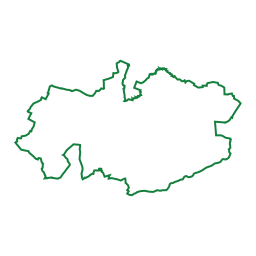 Aiviekstes pag., Plavinu, Latvia
{"feature_id": "27541924B44380284961438", "entity_name": "Aiviekstes pag.", "entity_type": "district", "adm_level": 2, "iso_a3": "LVA", "parent_name": "Latvia", "parent_adm1": "Plavinu", "projection": "albers", "projection_center": [25.79, 56.661], "detail": "fine", "context": "isolated", "style": "outline", "palette": "green", "viewbox_px": 256, "rotation_deg": 0, "n_neighbors": 0, "source": "geoboundaries", "source_scale": "gbopen_adm2", "svg_char_len": 5649}
<svg xmlns="http://www.w3.org/2000/svg" viewBox="0 0 256 256"><path d="M28.2,111.9L31.3,113.2L28.4,118.9L34.7,122.4L33.5,126.8L32.1,128.7L31.3,131.3L30.2,130.9L28.7,133.8L25.5,135.7L21.6,136.3L21.2,138.2L20.1,138.4L17.7,138.0L17.0,139.5L17.2,141.5L16.2,141.7L15.9,142.3L15.4,142.6L21.2,149.7L28.5,151.2L29.3,152.8L33.4,156.3L35.7,158.7L37.9,159.5L38.4,158.2L39.2,158.1L40.8,158.5L41.8,162.6L42.7,163.2L43.1,163.8L42.7,164.8L42.7,167.7L41.7,168.7L42.3,170.6L43.0,171.6L43.8,172.3L44.3,173.3L44.3,173.9L44.9,174.6L44.9,175.3L45.6,176.2L45.4,177.1L44.7,178.4L46.0,178.2L46.3,178.0L47.0,178.3L47.2,178.1L50.6,177.6L51.7,177.8L51.9,177.5L52.4,177.9L57.8,178.7L58.4,178.3L60.5,177.5L63.3,173.4L64.9,171.6L66.4,169.4L69.2,165.9L69.7,165.2L69.6,164.9L69.8,164.2L69.5,163.6L68.2,161.8L67.7,160.9L67.5,159.4L67.1,158.7L65.8,157.8L64.1,155.4L63.2,155.0L63.8,154.7L66.8,150.1L73.6,144.3L80.0,144.9L80.1,146.5L79.7,149.2L80.2,151.9L80.2,152.7L79.5,159.0L79.9,160.2L81.7,165.0L82.3,166.7L82.6,168.5L82.6,169.5L81.5,173.8L81.8,175.2L81.9,177.3L82.3,178.5L82.8,179.3L84.8,177.7L85.1,178.1L88.4,176.5L90.5,175.0L90.5,174.6L92.5,173.7L93.2,173.9L93.3,173.5L93.5,173.5L93.6,172.4L94.0,171.3L94.2,170.5L96.0,170.3L97.4,170.6L98.6,170.5L99.4,170.3L99.6,169.5L98.9,169.4L99.1,168.7L99.4,168.6L101.2,168.8L101.1,169.6L101.8,170.4L101.2,171.1L101.5,171.6L103.0,172.6L104.6,176.7L109.7,175.2L108.8,176.9L108.7,178.7L111.1,178.1L111.5,178.1L117.5,179.4L120.9,180.5L124.0,178.8L125.3,178.6L125.6,181.2L125.5,182.8L126.0,183.1L127.9,185.2L128.3,185.9L128.8,187.7L128.8,187.9L127.2,190.2L128.7,191.2L127.2,193.6L129.3,194.8L131.9,195.2L134.0,193.8L135.7,193.2L137.2,192.1L140.7,191.1L144.6,190.8L149.3,191.7L153.4,191.9L157.2,190.2L159.1,190.6L161.0,190.7L162.4,190.2L166.1,190.2L167.1,189.5L168.3,187.9L169.4,186.0L169.6,184.5L170.1,183.8L170.9,183.3L172.8,183.0L175.0,181.9L178.6,180.7L180.4,179.7L182.4,179.5L183.2,178.8L183.6,177.8L184.2,177.0L185.6,176.1L186.7,176.2L187.7,176.9L188.3,177.1L190.0,177.1L191.9,176.4L193.0,175.5L193.6,174.2L194.3,173.4L199.2,171.9L202.6,170.1L205.0,168.4L207.0,167.3L211.4,165.8L214.7,163.5L218.1,162.8L220.1,162.1L220.7,161.6L221.7,160.1L222.4,159.3L223.3,159.1L225.7,159.5L226.4,159.2L228.3,158.1L229.1,157.1L230.5,153.5L230.2,153.3L229.2,152.0L229.1,149.8L228.8,149.3L230.3,147.9L230.2,146.2L230.1,145.1L229.8,144.2L229.9,143.1L230.0,143.2L229.9,142.9L230.3,141.7L230.4,140.4L230.8,139.8L230.3,139.4L230.4,138.6L225.5,137.7L223.2,136.2L220.9,135.3L216.1,135.3L215.0,121.7L223.4,122.4L225.5,122.3L225.5,122.5L228.4,121.1L229.8,119.8L231.4,117.2L232.2,117.7L232.6,115.9L235.2,111.6L240.6,103.5L240.4,103.1L238.2,100.8L234.1,98.6L233.9,96.0L232.7,95.9L231.9,93.5L228.1,94.2L227.9,94.5L224.5,94.3L224.3,87.7L223.6,87.1L221.2,85.7L218.8,85.0L218.3,84.6L217.9,82.9L213.2,82.0L207.6,83.1L206.5,84.9L206.5,85.0L206.8,85.3L206.8,85.8L202.7,85.6L202.7,87.1L198.3,87.6L193.9,85.1L194.3,83.8L189.1,80.8L188.0,80.8L186.6,81.3L185.4,82.5L184.7,80.6L184.8,80.5L184.7,80.3L183.1,81.2L181.8,81.2L180.0,79.5L178.8,79.3L178.0,79.6L177.4,79.4L175.6,77.5L175.1,77.3L174.6,76.1L173.9,76.2L173.9,76.5L173.4,77.0L172.9,76.6L172.8,76.1L171.6,75.9L172.1,75.1L171.6,74.2L171.0,74.4L170.6,74.0L170.0,74.0L169.6,73.3L169.7,72.9L168.6,72.8L168.4,72.4L167.3,72.0L167.2,71.7L167.4,70.9L165.9,70.6L165.8,70.3L166.2,69.3L165.5,69.4L165.5,69.0L164.7,69.1L164.5,68.7L164.1,68.3L163.6,69.0L163.3,69.1L162.6,68.6L162.3,69.2L161.9,68.6L161.2,69.0L161.0,68.5L160.7,68.5L160.5,68.3L160.3,68.3L160.0,68.9L159.5,68.5L159.6,68.8L159.2,68.8L159.0,69.5L158.6,69.4L158.3,69.6L158.1,69.3L157.8,69.2L157.8,69.7L157.3,69.7L157.2,69.9L156.8,69.9L156.6,70.6L155.9,70.7L155.9,70.9L156.3,71.0L156.1,71.5L156.2,71.8L156.0,72.1L155.4,72.5L155.8,73.2L155.7,73.6L155.5,73.8L155.0,73.5L154.5,73.6L154.2,73.8L153.3,73.8L153.2,73.9L153.2,74.3L152.7,74.5L152.4,74.0L152.2,73.9L152.1,74.2L151.9,74.3L151.7,74.2L151.4,74.6L151.2,74.6L150.9,74.5L150.8,74.2L150.2,74.0L149.7,74.2L148.7,77.8L147.0,78.6L145.8,80.1L143.5,82.1L141.3,83.2L140.9,83.2L136.6,81.5L134.2,87.8L140.4,90.2L140.2,90.4L140.2,91.2L139.9,91.7L140.1,91.8L140.4,92.2L140.7,92.2L140.6,92.6L140.3,92.7L140.3,93.0L140.5,93.4L140.6,94.2L141.0,95.0L140.8,95.0L140.5,94.8L140.1,94.9L140.0,95.6L139.7,96.1L138.5,96.0L138.8,96.5L138.4,96.6L138.3,96.9L138.0,97.0L137.7,96.7L137.5,97.1L137.3,96.8L137.0,97.0L136.8,97.3L136.8,97.8L136.6,97.8L136.4,97.5L136.2,97.7L136.1,97.4L135.9,97.3L136.0,97.5L135.4,97.5L135.0,98.1L134.1,98.1L133.5,98.5L133.2,98.5L133.1,98.8L133.2,99.1L132.9,99.4L132.7,99.4L132.7,98.8L132.4,98.5L132.5,100.2L128.7,99.2L128.3,99.3L126.9,100.6L124.6,101.2L124.3,101.1L125.3,100.0L124.9,97.9L124.5,97.2L124.6,96.2L124.6,95.4L123.5,88.8L124.1,88.7L124.0,88.4L124.2,88.1L124.2,87.8L124.5,87.4L124.3,86.3L124.6,85.9L124.3,85.7L123.9,85.9L123.5,85.6L123.3,85.0L122.9,84.9L122.4,83.1L122.7,82.8L123.1,79.8L123.8,79.2L125.1,77.8L125.0,77.7L125.1,77.2L125.0,75.3L125.1,75.1L125.3,74.4L126.2,72.5L126.2,72.0L126.5,71.2L126.8,70.9L127.0,69.7L127.4,69.2L128.0,67.9L127.8,65.6L129.1,65.7L129.0,64.5L120.5,60.8L119.6,61.2L119.4,61.9L116.7,63.3L117.0,67.5L118.4,71.9L117.5,72.7L114.4,73.3L113.4,73.1L113.0,77.0L109.3,78.5L103.6,80.2L103.9,83.4L103.8,85.1L104.0,88.5L103.2,88.9L101.3,88.4L100.3,89.7L98.8,91.0L96.3,90.8L95.1,93.1L92.7,95.9L90.1,95.9L86.8,95.0L84.1,93.5L79.7,90.8L76.0,89.7L73.5,90.7L72.4,91.0L71.4,91.0L71.3,90.7L69.0,89.9L67.3,89.9L61.7,88.3L61.2,88.6L53.1,86.3L52.1,85.5L51.5,85.5L49.8,86.6L48.2,92.2L47.7,92.9L48.7,93.5L45.7,99.0L46.5,99.4L45.9,99.3L41.9,97.3L41.2,98.3L41.2,99.6L40.6,100.1L37.3,101.9L33.6,103.4L30.7,107.0L29.9,108.9L27.9,110.8L27.7,111.2L28.2,111.9Z" fill="none" stroke="#15803d" stroke-width="2"/></svg>